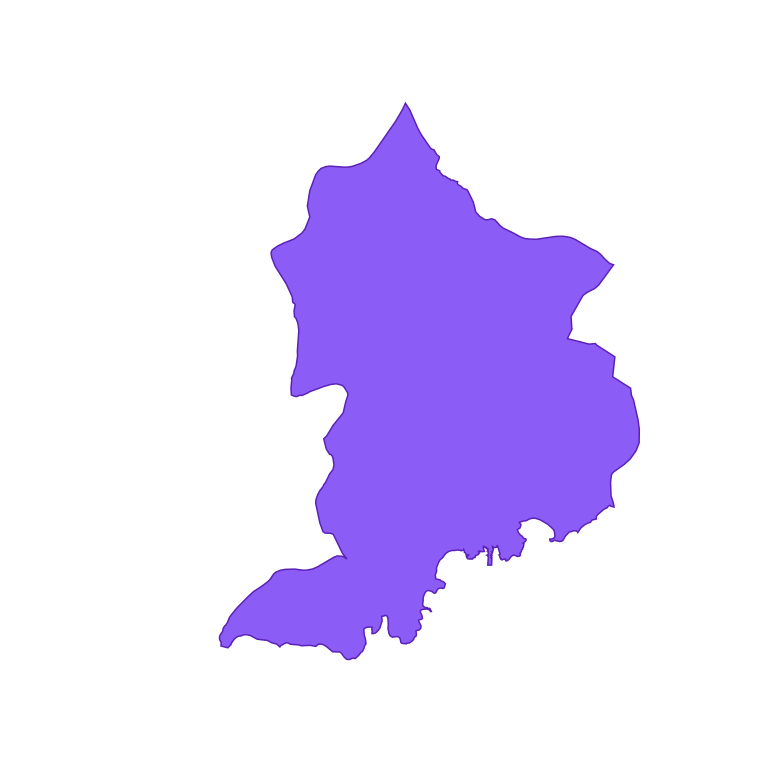 Kota Bima, Nusa Tenggara Barat, Indonesia, rotated 245°
{"feature_id": "22746128B33789977192923", "entity_name": "Kota Bima", "entity_type": "district", "adm_level": 2, "iso_a3": "IDN", "parent_name": "Indonesia", "parent_adm1": "Nusa Tenggara Barat", "projection": "robinson", "projection_center": [118.763, -8.441], "detail": "fine", "context": "isolated", "style": "filled", "palette": "violet", "viewbox_px": 768, "rotation_deg": 245, "n_neighbors": 0, "source": "geoboundaries", "source_scale": "gbopen_adm2", "svg_char_len": 6171}
<svg xmlns="http://www.w3.org/2000/svg" viewBox="0 0 768 768"><g transform="rotate(245 384 384)"><path d="M215.4,125.6L210.9,131.0L212.4,135.0L213.9,136.6L216.2,140.9L216.8,143.4L216.9,145.8L216.1,147.9L216.0,150.8L214.9,153.5L212.6,156.5L206.2,161.3L201.0,169.8L196.7,173.1L193.7,176.8L189.7,178.5L190.5,179.8L190.9,186.0L189.5,187.9L187.7,189.1L183.7,196.3L181.6,198.6L178.4,206.5L175.0,211.4L175.9,214.7L174.5,217.6L172.7,219.4L169.9,221.1L163.0,224.3L159.8,230.7L157.8,231.7L153.3,232.5L150.5,233.6L149.4,235.1L148.8,236.8L148.9,239.7L147.3,241.8L148.7,246.3L150.6,249.9L150.6,251.3L152.7,253.9L154.7,255.5L156.2,257.9L160.4,259.3L164.7,260.0L170.2,262.0L170.8,263.7L170.8,265.9L169.1,269.7L168.5,270.4L166.5,269.1L165.1,269.0L163.0,267.6L162.1,269.3L162.0,271.3L163.1,274.6L164.5,277.1L170.1,282.2L174.4,283.7L173.7,286.1L174.1,286.6L172.8,288.6L170.2,288.6L164.1,286.2L160.7,284.3L156.1,283.1L153.3,283.1L151.1,284.5L149.4,289.5L148.3,290.5L146.6,291.0L142.5,290.1L141.5,290.5L139.1,294.3L139.3,295.4L138.6,297.4L139.2,301.1L140.0,303.0L140.9,303.6L141.6,304.8L142.0,306.6L143.3,307.5L146.8,308.7L146.2,312.3L147.5,314.5L149.7,315.4L154.5,315.2L155.3,315.6L155.0,319.2L155.5,319.9L158.5,320.6L162.1,320.5L163.5,321.9L163.4,323.8L161.9,327.9L160.5,329.4L157.9,330.2L157.8,330.8L161.2,330.7L161.8,329.8L161.8,329.0L162.6,328.4L163.1,328.6L164.2,326.6L166.3,325.6L168.1,326.0L171.5,328.2L173.6,329.0L177.0,332.3L178.2,334.5L178.5,335.8L178.2,336.7L176.3,339.3L173.3,341.0L172.8,341.7L173.3,343.2L175.2,345.6L175.5,347.4L175.1,349.3L173.9,350.7L173.8,352.4L177.0,355.2L179.5,354.4L181.7,352.3L182.6,352.1L184.2,350.4L185.2,348.5L189.3,349.8L192.1,352.6L195.1,353.8L199.0,357.8L200.9,360.4L201.7,363.6L203.7,367.1L204.5,369.2L204.9,372.3L204.1,376.3L203.4,377.1L202.6,380.2L201.0,382.9L200.2,383.5L199.9,385.7L200.4,386.3L199.3,386.3L197.4,385.7L196.9,386.4L193.8,386.2L193.9,387.3L193.3,388.5L192.8,387.9L192.5,385.7L190.4,385.9L189.2,387.5L188.0,390.2L188.7,390.4L188.3,393.3L189.7,394.3L189.6,397.6L190.1,397.8L190.4,398.8L192.5,398.8L192.1,400.4L191.3,400.3L189.8,404.2L192.6,404.6L193.6,405.0L194.0,405.2L195.5,406.0L194.9,405.7L194.8,406.1L193.5,405.9L193.1,407.2L192.8,407.1L192.6,407.7L191.7,407.2L191.2,407.6L190.9,408.6L189.5,407.6L189.3,408.0L189.0,407.3L188.8,407.7L187.9,407.6L187.7,408.0L187.8,407.6L187.4,407.3L187.0,407.7L187.2,407.2L186.5,407.2L185.5,406.1L185.4,404.9L184.4,405.7L184.0,405.3L183.1,405.4L176.0,401.5L174.4,405.0L181.0,408.4L181.4,407.6L182.3,408.8L182.5,408.4L183.4,408.7L183.6,408.2L184.1,408.7L183.7,409.4L184.2,409.4L184.6,410.4L185.2,411.0L186.0,410.8L185.7,411.2L188.0,413.3L189.1,413.3L189.5,412.6L189.4,413.7L190.7,413.6L188.9,415.1L188.7,416.0L188.5,417.2L188.8,417.8L189.7,418.1L189.6,418.5L180.8,417.4L180.6,416.1L176.1,415.7L175.9,416.6L174.8,416.5L174.6,418.5L173.9,420.2L172.5,419.6L171.9,420.1L171.8,420.9L172.1,423.1L173.8,426.1L174.3,429.1L172.6,431.0L171.4,431.8L170.7,434.1L171.4,435.5L173.3,435.7L173.3,436.6L174.3,437.9L175.7,438.7L175.8,439.9L177.1,440.6L177.3,441.4L180.4,443.5L181.0,442.9L181.4,445.1L182.4,446.8L183.7,447.1L185.2,445.3L187.7,444.9L189.4,443.8L192.4,443.1L195.7,443.2L195.9,446.1L197.8,448.1L198.9,448.7L201.4,448.1L200.9,452.9L200.0,454.8L200.2,459.0L199.6,461.9L198.3,464.4L195.1,468.0L187.7,473.1L181.1,475.9L178.9,476.2L173.7,474.6L172.9,473.7L172.5,472.1L172.8,469.9L173.4,468.8L171.9,468.2L170.7,468.7L170.1,470.2L170.3,472.4L167.0,476.6L166.4,478.6L166.7,480.2L169.6,484.3L171.6,489.6L171.0,491.5L171.0,493.4L170.2,495.3L168.7,496.8L167.5,496.9L170.3,501.5L171.5,505.7L171.8,510.0L171.4,512.6L172.8,515.3L171.9,519.1L174.4,520.7L175.2,522.2L177.4,529.8L177.7,532.8L177.4,533.5L178.6,535.9L178.6,537.4L177.4,537.9L175.3,540.5L178.7,541.5L186.7,542.5L199.2,547.8L205.5,551.7L206.5,552.9L207.3,555.3L209.7,568.0L212.1,575.6L217.0,584.3L222.9,590.4L235.2,596.3L244.1,599.1L264.0,603.4L269.2,603.5L276.0,605.7L293.9,594.3L311.0,604.7L329.2,593.3L331.3,592.7L333.5,586.7L347.6,569.4L354.5,577.7L355.5,577.4L355.0,577.7L366.2,582.1L380.2,601.8L381.2,607.1L381.5,615.3L383.0,620.5L395.0,642.4L398.0,639.4L403.7,637.0L410.2,635.0L414.3,632.9L419.6,628.3L434.1,618.5L438.1,614.8L442.0,609.2L445.1,602.3L450.8,583.2L453.6,577.6L456.3,573.2L459.4,570.0L466.2,565.0L474.9,557.9L478.3,556.2L485.9,553.9L488.3,551.4L488.8,548.2L490.0,545.1L495.8,541.4L501.2,539.9L511.1,541.8L524.1,541.6L525.4,541.1L527.6,538.5L530.9,537.2L533.3,535.4L534.8,535.2L536.2,536.2L537.6,534.3L539.7,532.8L540.4,530.7L541.8,530.5L543.4,528.9L546.0,527.6L548.1,525.4L552.3,524.2L553.7,524.6L556.3,522.2L559.9,523.4L565.2,529.5L566.6,530.2L569.8,528.7L575.1,528.3L576.7,526.6L578.3,525.8L594.6,523.1L601.5,522.7L621.2,523.2L629.4,522.1L624.9,516.7L617.1,505.4L598.3,473.1L595.2,466.6L594.0,462.5L593.7,456.0L594.7,447.0L595.3,444.7L596.9,440.4L604.2,427.3L605.6,423.2L606.0,418.0L604.7,414.4L602.5,410.5L600.9,408.9L590.5,398.4L577.6,389.7L566.7,387.3L557.7,377.7L555.5,373.4L553.4,363.6L554.1,353.3L554.0,346.1L553.0,340.3L552.3,338.7L550.7,337.1L546.5,335.8L537.0,335.1L516.4,337.7L503.0,337.7L501.1,337.5L496.7,335.8L493.7,337.2L488.5,333.5L482.8,331.3L480.8,332.0L476.4,331.7L473.3,331.0L468.1,329.2L450.3,319.3L445.9,317.5L437.4,311.9L433.6,307.8L432.1,307.1L428.3,302.6L426.5,302.0L419.5,297.9L413.1,295.4L410.2,298.3L409.4,299.8L409.4,303.1L408.3,304.6L408.1,310.8L408.4,313.6L407.2,328.4L406.0,336.0L404.3,340.9L401.1,344.9L398.8,346.4L391.8,347.3L389.3,346.7L384.4,342.1L375.0,334.7L368.1,320.5L361.1,310.0L359.8,306.2L349.3,304.2L343.1,305.0L342.5,306.2L340.3,306.6L338.2,306.4L331.7,304.4L328.0,301.6L325.5,296.7L319.6,289.6L318.3,287.1L316.7,285.3L314.4,280.6L311.4,276.8L307.8,273.4L304.9,271.7L285.4,267.2L276.0,266.3L273.8,267.6L271.2,272.6L269.1,274.5L248.0,274.8L241.0,276.5L244.7,274.3L245.8,272.9L248.0,268.7L248.2,265.3L246.4,246.8L246.5,241.2L247.9,235.5L249.6,231.7L253.9,225.0L257.6,216.5L258.9,211.9L259.2,206.6L258.4,203.6L255.3,198.6L254.2,196.0L252.8,189.9L250.9,177.7L248.7,170.8L243.2,156.1L239.0,147.4L237.9,145.5L233.8,141.0L232.4,138.7L231.9,137.0L230.2,134.7L228.1,133.3L225.7,129.3L224.2,128.0L221.9,127.0L218.8,127.2L215.4,125.6Z" fill="#8b5cf6" stroke="#5b21b6" stroke-width="1.5"/></g></svg>